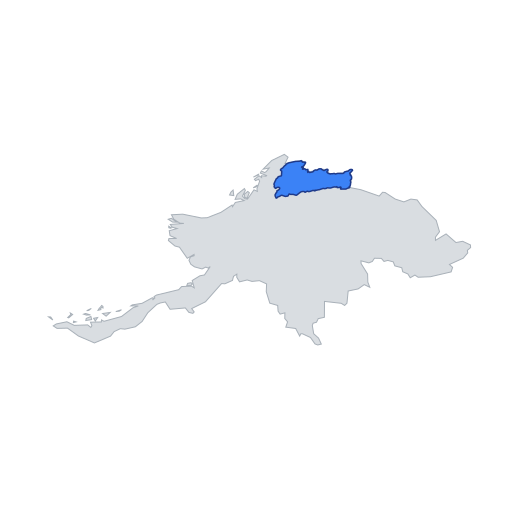 location of Chin within Myanmar, rotated 82°
{"feature_id": "MMR-3274", "entity_name": "Chin", "entity_type": "State", "adm_level": 1, "iso_a3": "MMR", "parent_name": "Myanmar", "parent_adm1": "", "projection": "mercator", "projection_center": [93.495, 22.37], "detail": "fine", "context": "in_parent", "style": "filled", "palette": "blue", "viewbox_px": 512, "rotation_deg": 82, "n_neighbors": 0, "source": "natural_earth", "source_scale": "10m", "svg_char_len": 7958}
<svg xmlns="http://www.w3.org/2000/svg" viewBox="0 0 512 512"><g transform="rotate(82 256 256)"><path d="M330.6,236.4L325.6,233.9L321.9,236.2L316.3,235.3L316.9,240.2L313.7,241.8L308.0,241.4L304.6,248.9L292.8,250.8L285.1,249.4L280.9,256.0L280.6,263.5L278.5,268.1L279.3,275.9L274.4,278.0L271.3,277.5L273.0,281.1L276.9,282.7L279.2,290.7L278.5,293.9L294.3,312.4L299.1,327.0L302.8,325.0L304.0,326.5L302.5,330.3L297.6,333.2L296.8,348.5L288.9,352.2L289.2,357.3L290.1,360.9L297.1,371.0L305.0,377.9L309.3,385.3L310.2,396.0L309.1,400.5L311.1,407.0L315.1,411.2L319.6,428.1L310.5,443.0L301.2,452.7L300.0,463.1L297.0,466.5L295.5,463.2L294.8,452.4L299.4,445.6L300.8,432.3L303.7,429.5L302.2,428.2L298.5,429.1L299.8,418.3L297.8,417.9L299.5,415.6L297.2,397.6L290.1,384.9L289.1,379.5L288.0,386.9L287.2,385.4L287.0,375.4L282.9,364.5L283.3,363.5L285.2,364.5L283.5,362.0L282.0,362.6L280.8,359.9L278.6,337.2L275.9,333.9L276.9,324.1L278.9,321.6L271.4,322.6L267.8,314.3L267.6,309.7L260.1,302.8L261.3,305.0L260.0,307.3L261.3,311.2L258.2,318.4L255.1,321.7L251.0,323.0L247.8,321.0L247.1,317.2L245.8,317.1L248.7,324.4L236.6,330.6L234.8,334.9L228.5,340.6L226.6,339.8L227.6,332.2L223.9,338.3L218.9,338.4L217.8,330.3L215.8,335.0L212.8,336.5L213.7,322.9L212.9,326.8L208.1,332.3L203.4,334.0L204.4,322.7L210.7,304.9L211.3,299.0L207.9,284.7L202.2,272.6L203.9,272.4L200.1,269.0L199.5,260.0L197.3,263.2L197.0,268.8L192.2,265.9L187.6,258.1L189.5,257.4L194.8,261.1L197.7,259.0L198.5,256.5L190.2,248.8L192.2,245.7L189.5,245.7L182.4,242.0L180.4,242.7L181.3,246.0L179.8,246.9L177.0,241.9L179.1,239.5L177.3,239.4L178.4,235.0L177.8,234.3L174.5,240.2L172.5,238.8L174.6,235.8L173.8,234.1L170.7,230.7L171.0,236.9L163.6,227.1L159.3,213.8L162.6,210.5L168.4,214.4L167.8,198.0L170.3,194.4L176.2,197.4L177.9,193.2L180.3,192.1L178.7,180.7L180.5,173.4L184.5,172.1L185.4,166.1L185.9,158.1L184.0,149.1L187.6,151.2L191.7,150.4L201.3,153.5L204.9,143.0L213.8,125.7L210.5,121.8L211.1,119.3L219.0,110.2L223.0,102.0L221.2,94.7L222.9,88.6L230.1,84.8L245.8,72.6L257.5,70.9L262.3,75.7L265.5,76.1L260.6,64.7L270.5,56.1L270.2,49.3L274.9,42.1L277.5,42.3L279.8,45.9L282.4,45.9L287.0,51.1L291.3,65.6L294.6,62.9L298.9,65.0L300.8,86.2L299.6,98.4L297.0,101.3L299.0,106.3L294.9,108.1L292.0,112.9L287.9,113.3L285.1,119.9L280.9,120.9L278.7,126.1L279.2,130.0L275.8,132.2L274.7,139.0L277.6,141.6L278.5,145.2L275.4,152.7L278.1,153.0L289.4,148.0L297.4,148.9L302.8,147.7L299.4,152.8L302.8,159.4L303.5,169.6L315.4,172.5L317.3,175.1L314.7,178.2L310.5,194.5L326.2,196.8L326.7,203.1L330.0,205.3L330.5,208.8L332.6,209.9L341.0,209.7L346.0,205.5L352.3,203.6L352.7,207.2L351.3,209.8L344.3,213.4L339.5,220.8L339.2,222.4L341.4,223.9L333.3,226.8L330.6,236.4ZM192.4,253.8L197.4,256.7L196.4,258.9L193.3,259.1L190.9,255.2L192.4,253.8ZM291.6,408.3L294.7,412.8L291.6,415.9L291.6,408.3ZM191.9,273.7L189.3,272.0L187.5,269.5L193.1,269.6L191.9,273.7ZM296.1,427.6L296.2,433.5L294.2,432.8L292.9,427.9L296.1,427.6ZM210.8,333.9L207.4,337.8L206.9,334.5L211.5,329.8L210.8,333.9ZM275.7,328.7L273.6,327.5L273.4,324.0L274.9,323.0L276.2,324.7L275.7,328.7ZM289.6,434.8L289.2,432.8L291.3,428.1L290.9,432.2L289.6,434.8ZM288.4,445.7L291.2,450.1L290.7,451.0L288.2,447.5L286.6,447.8L288.4,445.7ZM298.0,424.2L295.1,425.5L294.9,421.4L298.0,424.2ZM291.1,466.1L287.4,469.9L287.8,467.8L291.1,466.1ZM176.1,242.6L177.5,247.6L175.2,241.7L176.1,242.6ZM291.6,399.0L291.5,402.6L290.5,396.7L291.6,399.0ZM187.6,246.1L188.1,249.3L185.9,244.8L187.6,246.1ZM287.8,420.0L285.6,418.2L286.4,416.9L287.5,417.1L287.8,420.0ZM286.2,414.7L284.9,417.1L283.5,415.7L284.6,414.6L286.2,414.7ZM286.6,429.2L286.6,431.3L285.0,426.4L286.6,429.2ZM215.9,338.4L214.4,338.3L216.4,335.9L216.6,336.8L215.9,338.4ZM296.5,446.1L295.1,445.7L296.2,443.4L296.5,446.1Z" fill="#d9dde1" stroke="#a8b0b8" stroke-width="1"/><path d="M169.3,213.5L169.2,213.3L168.4,210.9L168.2,209.7L168.2,209.2L167.8,203.6L168.2,200.1L168.2,199.4L167.9,198.0L168.0,197.9L168.3,197.7L168.5,197.6L168.7,197.2L169.0,197.2L169.5,197.0L169.6,196.7L169.6,196.4L169.6,196.0L169.6,195.7L169.7,195.2L169.8,195.3L170.0,195.2L169.9,194.3L170.0,194.0L170.2,193.9L170.7,194.0L172.1,195.0L173.5,196.4L173.8,196.9L174.0,197.6L174.1,198.2L174.4,198.4L174.6,198.2L174.8,197.6L175.0,197.0L175.3,196.9L175.6,197.1L175.9,197.6L176.0,197.7L176.2,197.8L176.3,197.7L176.5,197.7L176.6,197.4L176.6,197.2L176.5,196.9L176.3,196.6L176.2,196.3L176.3,196.0L176.7,195.2L176.9,195.0L177.2,195.0L177.5,194.8L177.5,194.6L177.5,193.1L177.5,192.9L177.5,192.7L177.8,192.6L178.0,192.6L178.6,192.7L179.0,192.9L179.2,193.1L179.6,193.2L180.1,193.1L179.7,192.4L179.7,192.1L179.8,192.1L180.3,191.8L180.5,191.8L180.6,191.7L180.7,191.4L180.8,191.2L180.6,188.4L180.3,187.5L179.5,186.7L179.4,186.3L179.1,185.5L179.1,185.0L179.4,184.1L179.4,183.5L179.2,183.1L178.8,182.2L178.6,181.8L178.5,181.3L178.7,179.4L179.4,178.8L179.5,178.8L179.7,178.3L180.5,177.4L180.8,176.9L180.8,176.4L180.7,176.0L180.3,175.1L180.1,174.6L180.0,174.0L180.0,173.4L180.3,172.9L180.8,172.7L181.2,172.8L181.6,173.2L181.9,173.6L182.3,174.0L182.9,174.0L183.4,173.7L183.9,173.3L184.2,172.9L185.1,171.1L185.1,170.8L185.0,170.5L185.0,170.1L185.2,168.5L185.1,167.5L185.1,167.1L185.3,166.8L185.7,166.2L185.8,166.0L185.8,165.7L185.6,164.1L185.6,163.4L186.3,158.9L186.3,158.1L186.2,157.9L185.9,157.5L185.8,157.2L185.1,156.7L184.7,154.0L184.7,153.2L184.7,152.8L184.6,152.6L184.3,152.3L183.8,151.5L183.6,151.1L183.5,150.7L183.5,150.2L183.5,149.7L183.7,149.1L183.9,148.7L184.5,148.5L184.9,148.7L185.5,149.7L185.8,150.0L186.5,150.7L186.6,151.0L186.7,151.3L186.8,151.5L187.2,151.6L187.7,151.6L188.4,151.2L188.7,151.0L188.9,151.1L189.0,151.3L189.3,151.3L189.4,151.2L189.5,151.1L189.6,150.9L189.7,150.7L190.2,150.4L191.2,150.3L192.3,150.5L193.0,150.7L193.9,151.9L194.3,152.1L196.0,151.9L196.7,152.0L197.3,152.3L198.0,152.5L198.5,152.5L199.8,153.2L200.1,153.5L200.4,154.0L200.7,154.3L201.1,154.3L201.3,154.0L201.5,154.3L201.6,155.8L201.7,156.2L202.1,157.2L202.2,157.8L201.9,160.0L201.8,160.6L201.6,162.4L201.6,162.6L201.3,162.9L201.2,162.9L200.7,162.8L200.0,162.4L199.9,162.3L199.7,162.4L199.5,162.6L199.5,163.3L199.7,163.9L199.7,164.2L199.6,165.9L199.5,166.1L199.3,166.2L198.8,166.2L198.6,166.4L198.8,167.2L198.8,167.6L198.5,168.7L198.5,168.9L198.6,170.2L199.0,172.4L199.0,172.9L198.9,173.8L198.4,175.7L198.4,176.0L198.5,176.2L198.6,176.5L198.8,176.9L198.9,178.4L198.7,179.3L198.6,179.5L198.4,180.1L198.7,181.6L198.9,182.9L199.1,183.7L199.2,184.1L199.1,184.9L199.3,187.4L199.3,187.7L199.1,188.2L199.1,188.4L199.4,188.5L199.6,188.5L199.6,189.1L199.1,189.9L199.0,190.2L199.0,190.6L199.6,193.7L199.6,194.2L199.6,194.8L199.1,195.8L199.0,196.3L199.5,197.9L199.7,198.3L199.7,198.6L199.3,198.9L199.1,199.1L198.9,199.3L198.7,200.0L198.6,201.4L198.7,202.3L199.0,203.1L199.9,204.7L200.9,206.4L201.3,207.1L201.4,207.4L201.4,207.8L201.3,208.2L200.2,210.5L199.8,213.2L199.2,214.5L199.7,215.0L200.6,215.6L200.8,215.8L201.0,216.1L201.1,216.5L201.1,218.1L201.1,218.6L200.9,219.1L199.6,221.6L199.4,222.6L199.5,222.8L200.2,224.3L200.3,224.8L200.5,225.8L200.6,226.2L200.8,226.5L201.4,227.3L201.5,227.4L201.5,227.5L201.4,228.0L200.9,228.2L199.1,228.7L198.5,228.6L198.1,228.6L196.5,227.5L196.3,227.2L195.7,226.6L195.4,226.4L195.0,226.3L194.5,226.2L194.3,226.1L194.2,225.8L194.1,225.5L194.0,225.0L193.9,224.9L193.8,224.7L193.5,224.1L193.2,223.6L192.8,223.4L192.6,223.2L191.9,223.1L191.4,223.4L191.3,223.7L191.1,224.0L191.0,225.3L191.1,225.6L191.1,225.8L191.2,226.0L191.3,226.2L191.4,226.3L191.7,226.9L191.7,227.2L191.7,227.4L191.5,227.6L191.0,227.7L190.7,227.9L190.3,228.3L190.0,228.4L189.6,228.3L189.2,228.1L188.8,228.0L188.4,228.0L187.8,228.2L187.2,228.2L185.9,227.5L182.7,225.4L182.3,225.1L182.1,224.8L182.0,224.6L181.8,223.9L180.8,223.2L180.6,222.9L180.5,222.5L180.2,220.2L180.1,219.8L179.9,219.6L176.1,218.8L175.7,218.8L175.4,218.8L175.2,219.0L174.7,219.6L174.4,219.7L174.2,219.8L173.9,219.6L173.4,219.2L173.1,218.7L172.9,218.3L172.8,217.8L172.3,217.0L170.9,215.5L169.9,213.8L169.3,213.5Z" fill="#3b82f6" stroke="#1e3a8a" stroke-width="1.5"/></g></svg>